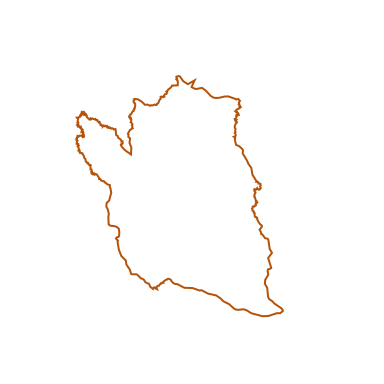 the district of Nong Phok, Roi Et, Thailand, rotated 118°
{"feature_id": "78962969B43863364704456", "entity_name": "Nong Phok", "entity_type": "district", "adm_level": 2, "iso_a3": "THA", "parent_name": "Thailand", "parent_adm1": "Roi Et", "projection": "robinson", "projection_center": [104.197, 16.31], "detail": "fine", "context": "isolated", "style": "outline", "palette": "amber", "viewbox_px": 384, "rotation_deg": 118, "n_neighbors": 0, "source": "geoboundaries", "source_scale": "gbopen_adm2", "svg_char_len": 6091}
<svg xmlns="http://www.w3.org/2000/svg" viewBox="0 0 384 384"><g transform="rotate(118 192 192)"><path d="M241.7,262.2L244.9,261.0L247.1,258.0L250.3,255.2L253.8,253.9L259.7,250.4L260.1,248.4L258.5,244.3L258.2,241.7L258.7,239.5L261.6,237.3L265.1,235.7L266.5,236.0L267.4,237.2L268.8,237.3L269.7,234.5L271.0,234.3L277.4,229.4L281.7,224.3L283.5,218.3L286.8,215.9L289.8,210.4L292.9,207.3L292.9,206.6L290.9,202.8L290.7,201.4L292.3,196.3L291.9,195.2L292.1,193.2L293.5,190.9L293.6,188.7L293.1,187.2L295.3,184.3L295.9,180.8L294.5,181.0L293.6,180.0L294.3,179.0L294.2,177.4L293.5,178.3L291.7,178.5L290.6,177.9L290.3,177.2L287.3,176.7L287.2,176.0L286.3,175.8L285.6,174.7L285.2,175.3L284.5,175.1L281.5,173.7L281.3,173.1L279.9,172.5L279.5,171.6L279.4,169.6L280.3,168.4L281.3,165.3L281.0,163.5L280.2,161.5L280.2,154.5L279.9,153.2L276.6,146.6L275.4,138.9L274.2,137.4L274.2,130.3L272.0,122.2L272.5,117.0L273.8,112.9L273.6,106.6L275.3,99.7L275.2,98.2L274.3,95.8L271.3,91.4L270.8,87.9L271.2,82.7L268.6,71.5L265.6,66.3L259.1,60.1L257.6,57.2L254.5,55.9L253.7,56.4L252.7,58.7L251.8,66.9L250.8,69.6L250.3,73.8L248.7,75.7L241.3,80.6L238.8,84.6L235.2,86.1L229.3,85.8L226.3,88.1L224.7,88.6L222.7,86.7L221.8,86.4L214.5,93.8L208.2,92.8L205.9,96.6L198.4,102.1L197.7,103.3L198.5,105.8L196.8,109.2L196.4,110.5L196.6,111.1L194.9,112.5L193.5,114.6L189.9,114.0L188.8,114.7L188.4,116.9L187.0,119.6L184.9,122.3L184.3,122.2L184.0,123.5L184.4,124.3L184.0,125.2L181.3,126.8L181.4,127.5L180.8,127.5L180.0,128.8L180.1,129.8L178.6,130.6L178.5,131.2L176.7,131.1L176.3,131.5L175.7,130.9L175.7,130.3L173.7,129.4L173.1,130.2L172.1,130.3L171.9,129.7L170.9,129.6L170.6,130.3L170.3,129.8L169.7,130.6L169.7,131.6L167.5,133.5L167.0,134.8L166.1,134.8L165.4,135.6L162.6,135.7L162.1,137.0L161.1,137.2L161.0,138.1L160.5,138.3L160.1,138.2L160.1,136.7L158.2,136.4L158.7,135.9L158.4,135.3L158.7,134.9L158.5,134.2L158.0,134.0L158.1,133.5L156.3,133.1L155.2,134.4L154.0,134.4L153.6,135.1L152.8,135.2L152.7,136.6L153.3,137.3L152.2,138.3L152.6,139.4L152.2,139.2L151.9,140.7L148.3,146.8L142.9,150.9L140.8,155.2L138.3,158.4L134.1,165.4L131.3,166.5L130.5,167.7L129.4,171.7L129.7,175.2L125.7,178.8L124.1,179.1L123.6,181.0L122.7,180.0L121.6,179.9L120.7,180.5L119.8,182.0L118.6,181.7L117.6,182.7L115.6,183.3L115.2,184.4L113.9,185.1L111.8,185.5L109.4,185.0L108.8,186.0L109.2,186.4L109.0,186.9L107.7,186.7L108.2,187.7L107.5,188.6L106.4,187.8L104.9,187.9L104.2,188.7L103.3,188.0L103.0,188.5L102.0,186.9L100.8,188.2L101.2,188.9L100.5,191.3L99.9,190.4L99.5,191.2L98.5,191.4L95.8,189.4L94.4,190.2L94.6,189.1L94.2,188.8L92.8,190.9L92.6,191.9L91.9,191.8L91.0,192.7L89.1,192.4L88.1,194.8L89.6,196.4L89.4,197.2L90.6,205.0L92.4,208.0L96.1,212.3L97.9,215.3L98.6,217.7L98.3,220.8L96.0,227.5L95.4,231.3L95.5,232.3L99.0,236.5L99.6,238.6L99.5,241.7L92.2,242.1L98.7,246.2L98.3,251.7L95.6,257.0L96.0,258.5L97.6,259.9L99.1,258.3L99.8,258.8L100.7,256.6L104.5,254.7L107.5,259.6L109.4,259.6L113.0,261.2L114.5,261.1L115.4,261.8L115.9,260.8L116.9,260.6L117.6,260.7L118.6,261.9L120.9,262.0L121.0,261.3L121.7,261.8L122.2,264.0L122.8,264.4L124.2,263.4L125.9,263.9L129.2,263.5L130.6,264.3L130.8,264.0L131.6,264.1L132.3,264.8L132.4,266.2L134.5,267.9L134.6,269.0L135.6,269.6L135.7,272.3L137.1,274.5L135.8,278.8L135.6,283.5L136.8,286.3L137.3,286.7L137.5,286.0L139.4,286.3L140.3,285.4L140.5,283.8L142.7,282.5L144.9,281.9L145.5,282.3L146.0,281.7L147.8,281.6L147.9,282.1L148.4,282.2L152.4,282.4L152.7,282.9L155.1,283.0L155.6,282.2L155.0,281.4L155.5,280.5L156.4,280.6L156.5,279.6L158.1,278.9L159.2,278.9L159.3,277.8L160.4,276.2L161.4,276.4L162.4,275.2L163.3,275.0L163.5,274.3L166.6,275.9L170.6,276.0L170.9,275.2L173.2,274.1L173.7,271.9L178.0,270.2L181.1,266.5L187.5,263.5L186.5,271.0L184.9,275.6L183.6,277.1L182.9,276.9L182.6,276.2L181.2,276.1L180.2,277.0L180.5,277.7L180.0,277.7L180.2,278.1L179.1,279.7L178.8,282.6L177.5,283.8L177.3,285.7L172.4,289.0L172.5,289.6L173.5,290.3L173.1,292.2L174.1,293.3L174.1,293.7L173.6,293.7L173.7,295.2L174.2,295.4L174.1,295.9L174.5,296.1L174.0,296.5L174.5,297.2L173.8,297.4L173.5,298.1L174.7,299.4L174.4,300.0L175.0,300.4L174.9,301.2L176.1,301.5L175.2,302.0L175.8,302.9L175.2,303.5L175.1,304.3L175.5,304.5L174.8,305.1L174.4,306.5L173.6,306.3L173.5,307.1L174.0,307.3L173.8,308.8L172.9,309.5L173.5,310.9L173.5,311.8L173.1,311.9L173.7,312.5L173.8,314.4L174.5,314.7L174.5,315.4L175.0,315.0L175.6,315.4L176.1,316.4L175.5,316.7L175.9,317.8L175.0,320.4L173.9,320.8L173.5,321.4L174.1,321.5L174.1,322.6L173.7,322.8L174.1,323.1L173.7,323.2L173.8,323.8L173.2,323.8L173.3,324.3L172.5,324.4L172.5,325.2L172.1,325.1L172.1,325.5L172.9,325.9L173.0,326.9L174.3,326.6L174.2,325.7L174.6,325.1L175.2,325.4L174.7,326.0L175.7,326.3L175.6,325.8L176.1,326.3L176.5,325.7L176.4,326.6L177.0,326.6L177.2,325.9L177.9,326.0L178.1,326.7L179.2,326.8L180.1,328.1L180.2,327.4L180.7,327.6L180.7,327.1L181.5,326.6L183.0,326.4L183.9,325.1L184.7,325.6L185.4,324.3L186.8,325.0L187.8,323.3L187.2,323.0L187.4,322.3L186.9,322.5L187.4,321.4L186.8,321.1L187.2,320.9L187.1,320.2L188.2,319.8L188.3,319.2L187.9,319.3L188.1,318.5L190.3,317.9L189.5,317.4L190.4,317.2L190.0,316.7L190.3,316.0L191.1,316.3L191.2,315.6L192.5,315.5L192.4,314.7L193.0,314.8L192.8,314.0L193.5,313.5L193.7,314.0L194.3,313.6L194.9,314.2L194.3,315.2L194.4,316.6L195.1,317.8L195.8,317.9L196.1,319.2L196.9,318.5L197.8,319.3L198.8,318.6L199.3,319.0L199.9,318.1L200.4,318.3L200.6,317.2L201.6,317.3L203.5,316.5L202.6,315.3L203.0,315.6L203.1,314.8L204.1,314.8L204.3,313.8L205.5,314.3L205.9,313.3L207.1,312.1L208.4,311.8L207.8,311.1L208.4,310.3L209.0,310.6L210.1,309.3L209.2,307.0L210.1,306.3L210.1,305.7L211.2,304.1L212.6,303.0L212.8,301.7L215.0,300.0L215.0,297.8L215.7,297.8L216.0,295.0L216.4,295.4L216.6,294.8L216.0,294.2L219.7,292.2L219.3,291.4L220.5,290.2L221.3,290.5L222.3,289.8L221.8,289.5L222.6,289.1L222.1,288.5L222.6,288.6L223.0,287.8L222.2,287.0L222.5,286.8L222.5,286.0L221.3,285.4L221.2,284.3L223.3,280.5L224.1,280.1L223.6,278.9L224.6,277.4L223.8,274.5L224.6,273.6L224.3,272.3L224.8,271.4L224.9,270.0L224.5,267.7L226.3,266.9L227.2,265.6L230.5,263.0L238.4,261.1L241.7,262.2Z" fill="none" stroke="#b45309" stroke-width="2"/></g></svg>